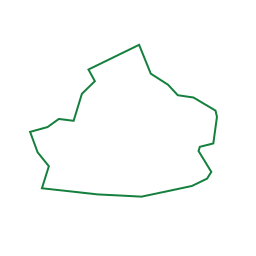 the border of Wigan, rotated 107°
{"feature_id": "GBR-5677", "entity_name": "Wigan", "entity_type": "Metropolitan Borough", "adm_level": 1, "iso_a3": "GBR", "parent_name": "United Kingdom", "parent_adm1": "", "projection": "orthographic", "projection_center": [-2.617, 53.524], "detail": "fine", "context": "isolated", "style": "outline", "palette": "green", "viewbox_px": 256, "rotation_deg": 107, "n_neighbors": 0, "source": "natural_earth", "source_scale": "10m", "svg_char_len": 469}
<svg xmlns="http://www.w3.org/2000/svg" viewBox="0 0 256 256"><g transform="rotate(107 128 128)"><path d="M83.6,182.9L45.2,141.7L69.4,122.1L74.9,102.4L82.1,90.0L79.7,74.3L85.8,49.4L91.3,46.2L117.8,41.9L125.0,53.8L129.4,53.8L145.6,35.5L153.3,37.6L164.8,50.0L189.7,95.0L194.3,113.5L200.4,137.7L210.8,192.7L187.7,192.5L177.7,207.3L160.3,220.5L150.6,205.2L139.6,196.8L137.0,182.1L108.8,182.1L92.9,173.4L83.6,182.9Z" fill="none" stroke="#15803d" stroke-width="2"/></g></svg>